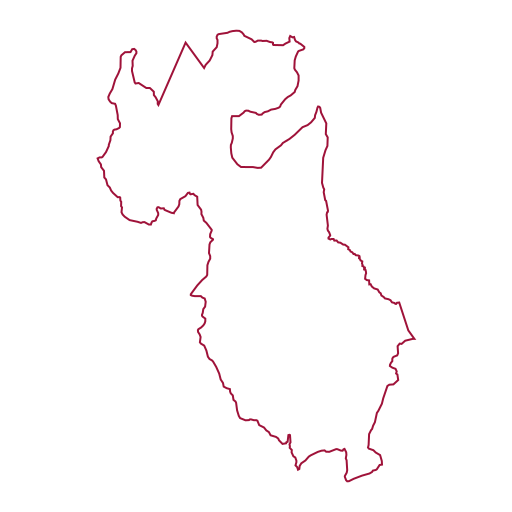 the district of San Ramon, Alajuela, Costa Rica
{"feature_id": "36466004B75539048151546", "entity_name": "San Ramon", "entity_type": "district", "adm_level": 2, "iso_a3": "CRI", "parent_name": "Costa Rica", "parent_adm1": "Alajuela", "projection": "robinson", "projection_center": [-84.596, 10.217], "detail": "fine", "context": "isolated", "style": "outline", "palette": "rose", "viewbox_px": 512, "rotation_deg": 0, "n_neighbors": 0, "source": "geoboundaries", "source_scale": "gbopen_adm2", "svg_char_len": 6030}
<svg xmlns="http://www.w3.org/2000/svg" viewBox="0 0 512 512"><path d="M399.2,302.5L396.9,302.8L396.2,303.9L395.4,303.9L394.5,303.0L391.9,302.3L390.5,300.2L388.5,299.2L384.9,298.4L383.7,297.0L381.4,295.5L380.7,293.3L379.3,292.3L377.7,289.5L374.1,288.4L371.8,286.5L370.6,284.2L369.3,284.4L369.1,280.4L366.8,280.1L365.1,278.8L365.5,275.0L366.1,273.3L365.9,271.5L365.5,269.9L364.1,269.5L364.1,269.0L364.9,268.3L364.9,267.6L363.9,267.4L363.6,266.5L362.3,265.9L362.6,265.0L362.0,263.5L362.3,261.4L360.5,260.4L360.2,259.3L359.0,258.2L359.1,257.4L359.7,257.1L359.4,256.0L358.3,255.5L355.7,255.2L354.7,253.9L353.5,254.0L352.3,252.3L350.5,251.5L349.9,250.1L348.2,249.2L348.4,247.3L344.9,244.7L343.2,244.6L340.4,242.7L338.2,242.4L336.6,240.5L334.3,240.6L333.6,239.0L331.4,239.0L330.3,239.5L328.5,238.6L328.5,237.6L330.2,235.6L330.2,235.1L329.1,232.2L327.9,230.6L327.4,228.8L327.9,225.6L326.6,214.7L327.1,212.3L327.8,211.9L328.0,210.7L326.1,200.9L325.2,200.1L323.7,192.2L324.2,189.3L323.3,187.6L322.0,182.9L323.2,157.8L325.5,150.2L327.4,146.0L327.7,137.4L325.8,134.1L326.3,123.4L321.1,112.7L320.2,107.9L319.4,106.8L318.1,106.5L317.5,107.6L316.4,111.9L315.1,115.2L314.8,117.9L311.1,122.3L307.6,125.1L302.5,127.2L294.7,134.8L289.4,139.0L282.9,142.9L281.0,145.3L275.4,149.4L273.2,152.3L270.9,157.0L269.0,159.7L261.1,167.7L257.6,167.9L253.2,167.1L241.0,167.0L237.4,164.3L232.3,157.7L231.3,153.3L230.8,147.4L230.9,144.9L231.8,142.8L232.8,138.5L232.8,136.0L231.6,132.4L231.2,129.2L231.4,118.3L232.1,116.1L239.0,116.1L243.6,112.6L244.7,111.2L246.1,110.6L248.3,110.7L250.3,111.7L255.9,112.9L256.8,113.9L258.8,114.8L261.7,114.6L262.6,113.5L264.6,112.1L267.9,111.3L271.1,109.6L275.3,108.9L278.7,107.7L280.1,106.6L280.9,104.5L285.2,99.2L287.8,97.0L290.7,95.4L294.7,92.0L295.3,89.9L297.5,86.2L298.6,80.5L298.6,75.5L297.0,72.3L294.9,69.7L294.3,68.2L294.7,60.3L295.8,56.5L298.1,51.5L298.9,50.9L303.3,49.4L304.3,48.2L304.3,46.9L300.3,43.7L299.3,43.5L298.4,42.5L296.0,41.4L295.0,39.9L294.1,37.0L292.6,37.4L290.2,36.0L289.3,38.1L289.6,41.6L285.4,43.6L283.1,45.2L273.4,45.0L273.0,44.5L273.0,42.8L272.4,42.4L269.9,42.0L266.6,40.8L262.5,41.0L261.2,40.6L257.8,40.6L255.6,41.8L254.3,42.0L251.6,39.3L244.3,35.8L243.7,34.5L241.9,32.4L239.4,30.9L236.4,30.7L232.5,31.1L229.6,31.8L227.5,32.8L218.8,34.1L217.6,34.7L216.7,36.6L216.7,38.3L217.5,39.9L217.5,43.3L216.7,47.2L212.7,51.6L212.4,55.1L210.5,58.9L209.6,60.6L205.7,64.8L204.1,68.0L185.6,42.6L158.4,105.0L157.7,103.9L157.8,101.3L155.6,97.2L153.9,95.1L153.8,91.7L150.3,88.4L149.8,88.0L146.3,88.0L138.7,83.0L135.5,83.5L134.7,82.4L132.0,71.0L132.0,68.4L132.7,65.9L132.5,60.7L134.8,55.6L136.4,53.2L136.4,51.6L135.7,50.2L134.2,48.9L132.2,49.2L130.5,52.1L125.0,52.2L121.4,55.3L120.7,56.8L120.5,67.8L118.3,73.5L115.2,79.6L112.4,89.1L109.8,93.5L108.3,97.0L108.6,99.3L110.1,101.6L111.7,103.1L115.1,103.8L115.9,105.7L117.7,115.1L117.8,119.1L120.0,123.3L119.9,127.1L119.1,128.0L116.5,129.3L114.5,129.6L113.5,130.2L112.9,131.4L112.9,133.3L110.6,136.6L110.4,140.2L108.8,144.8L108.8,146.0L106.0,152.1L102.5,156.9L101.7,157.4L99.6,157.4L97.6,158.4L98.7,161.3L100.9,164.4L101.2,167.2L104.0,170.8L104.3,177.5L106.0,179.4L107.5,185.2L109.8,187.5L111.1,190.5L113.0,192.9L117.7,197.2L119.7,197.1L120.2,197.6L120.4,200.6L121.2,201.8L121.1,206.2L122.0,207.4L121.5,212.2L122.6,214.5L124.7,216.7L129.6,220.1L137.6,221.8L141.0,222.9L142.7,222.2L144.5,222.1L148.8,224.5L150.9,224.5L151.6,222.4L152.4,221.3L154.5,220.9L155.8,220.3L156.2,218.6L158.2,215.0L158.2,213.1L156.7,209.8L156.7,208.7L157.5,207.3L158.6,207.2L160.8,208.5L163.8,208.3L164.5,209.8L165.3,210.2L171.5,212.8L173.8,213.2L173.8,212.8L178.5,206.5L179.3,204.2L179.4,200.9L180.3,199.1L185.4,196.2L187.9,192.9L189.5,192.6L189.9,193.8L190.5,194.3L193.4,193.8L194.5,195.1L197.2,196.7L197.6,205.0L201.1,209.7L201.5,211.7L201.4,214.1L203.3,217.8L203.8,220.6L206.4,222.9L211.7,229.8L211.7,230.6L210.2,234.1L210.0,236.9L210.6,237.8L213.0,239.2L213.0,239.7L210.3,242.3L209.5,244.5L209.0,253.1L210.2,256.1L210.2,258.7L208.5,261.8L207.4,265.2L207.2,274.9L206.3,276.5L202.2,280.0L197.3,285.4L190.8,294.2L190.8,295.1L192.1,295.7L194.6,296.1L200.8,296.1L202.4,297.6L204.7,298.5L205.7,301.8L205.1,306.6L203.3,309.1L202.7,313.0L202.0,314.7L202.0,315.7L202.6,316.6L205.3,318.6L205.3,321.3L204.6,323.5L203.3,325.4L201.1,327.5L198.4,329.2L197.9,330.1L198.1,332.0L199.7,334.5L200.6,337.0L199.9,342.3L200.9,343.6L204.2,345.6L206.4,350.6L207.9,356.7L209.5,359.0L212.0,360.4L213.1,361.6L216.2,366.9L219.2,373.6L220.7,379.5L223.0,383.0L223.7,386.6L226.7,388.2L229.9,389.1L230.1,391.6L230.8,393.4L232.8,395.4L233.5,399.9L235.5,401.5L236.1,402.8L237.1,410.4L238.8,415.9L240.1,418.1L245.5,420.3L249.0,420.1L249.9,419.4L251.0,419.4L253.9,420.2L256.4,420.2L257.4,420.7L259.2,425.1L264.0,427.5L266.3,430.4L268.9,432.1L270.6,435.3L276.0,436.9L278.2,438.5L279.0,440.3L282.5,443.9L286.1,443.3L286.4,442.2L287.6,441.8L288.4,435.1L289.5,434.8L290.0,435.1L290.5,442.3L289.5,444.3L289.9,446.2L289.7,447.8L291.8,450.0L291.6,452.4L293.4,456.3L295.3,457.5L296.4,460.7L296.4,462.2L295.5,465.4L297.2,467.1L298.0,469.7L299.3,469.0L299.7,465.9L301.3,463.3L305.4,460.5L308.8,456.6L310.8,455.3L317.8,451.9L321.5,450.7L324.6,450.4L326.1,451.7L329.3,451.8L336.2,449.1L337.4,449.2L340.9,450.6L342.6,450.7L343.5,449.3L344.5,448.9L346.2,452.3L346.4,454.9L345.8,458.4L346.6,460.3L347.2,470.2L346.7,472.7L344.9,475.9L344.8,476.7L346.1,480.2L347.2,481.3L348.9,481.2L353.7,478.8L362.1,475.6L369.5,473.5L372.0,472.0L372.9,470.6L375.7,470.0L376.8,469.3L379.6,465.0L382.0,464.6L381.8,461.0L380.1,455.1L375.7,452.5L373.4,450.2L368.8,448.6L368.0,447.5L368.6,445.1L369.1,434.1L371.1,430.1L372.1,429.0L373.1,425.7L374.9,422.2L376.9,412.9L378.3,410.9L381.9,403.7L383.2,398.4L387.4,386.0L389.3,384.7L393.4,384.4L398.2,380.0L397.4,374.5L396.1,373.5L396.7,371.4L395.5,368.8L392.4,367.7L389.9,366.0L390.0,364.8L390.9,362.9L392.3,361.1L392.3,358.8L392.9,357.5L393.9,356.7L397.2,355.4L398.1,353.3L397.6,346.2L399.7,343.6L401.6,343.9L405.2,340.7L412.6,338.9L414.4,338.9L408.3,330.4L399.2,302.5Z" fill="none" stroke="#9f1239" stroke-width="2"/></svg>